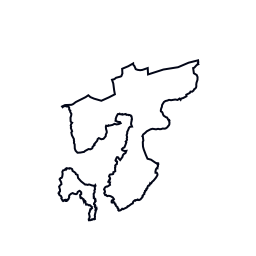 outline of Hahake, Vava'u, Tonga, rotated 47°
{"feature_id": "48082658B99932543232342", "entity_name": "Hahake", "entity_type": "district", "adm_level": 2, "iso_a3": "TON", "parent_name": "Tonga", "parent_adm1": "Vava'u", "projection": "robinson", "projection_center": [-173.925, -18.614], "detail": "fine", "context": "isolated", "style": "outline", "palette": "ink", "viewbox_px": 256, "rotation_deg": 47, "n_neighbors": 0, "source": "geoboundaries", "source_scale": "gbopen_adm2", "svg_char_len": 6028}
<svg xmlns="http://www.w3.org/2000/svg" viewBox="0 0 256 256"><g transform="rotate(47 128 128)"><path d="M68.2,161.6L68.2,160.6L69.0,159.0L70.7,158.0L71.0,157.2L72.8,157.0L74.5,158.5L75.9,158.3L76.6,159.2L79.1,159.8L80.3,161.3L81.2,163.0L84.0,165.4L85.2,165.6L86.1,165.3L86.4,167.0L87.2,168.3L88.2,168.6L89.0,169.8L92.3,171.1L92.6,172.5L95.1,174.0L99.2,175.1L100.2,176.1L101.0,176.5L102.0,177.7L103.6,178.2L106.7,180.9L108.8,181.8L111.6,181.8L113.4,179.7L115.5,176.4L115.5,175.1L116.5,171.2L117.9,170.1L118.4,168.6L118.3,167.5L117.6,166.7L117.6,164.0L116.8,163.9L116.3,159.2L115.4,157.7L115.5,156.2L118.0,155.2L119.2,153.3L118.8,149.9L117.6,148.6L116.9,146.7L115.9,145.8L113.7,144.7L112.0,143.4L111.4,142.4L112.9,141.3L112.7,140.4L113.6,139.9L115.2,137.2L115.7,135.1L117.6,133.9L118.8,132.1L119.5,130.1L118.2,129.8L116.5,131.3L114.2,132.2L113.7,131.3L113.0,130.9L111.8,128.7L110.9,126.0L111.5,125.2L111.8,124.4L112.4,124.5L113.3,123.7L113.8,122.8L114.4,123.0L116.2,120.1L116.9,120.3L117.4,120.1L118.4,118.9L119.0,118.8L119.5,118.0L120.9,117.4L121.4,117.7L121.9,117.5L124.3,119.1L124.5,119.9L125.2,120.3L125.7,121.3L127.2,123.1L129.7,124.1L128.5,125.7L128.6,127.4L129.2,128.4L130.4,131.4L131.2,131.9L132.3,133.9L134.1,134.9L134.8,136.1L135.9,136.7L136.2,137.5L136.4,139.0L137.3,139.0L138.3,140.8L139.7,143.8L139.2,145.4L139.3,146.9L140.4,147.3L142.7,146.1L143.6,144.8L144.6,146.9L144.2,148.8L144.4,150.3L145.4,151.8L146.1,155.6L144.3,155.6L142.9,155.2L142.2,155.5L141.8,156.1L143.1,159.2L144.0,159.4L144.6,158.9L145.2,158.9L146.8,160.8L146.5,162.0L146.8,163.1L147.9,163.7L148.0,164.4L150.9,166.8L150.4,168.9L150.7,169.0L151.5,170.2L151.3,170.8L149.8,172.8L149.9,173.8L150.5,174.9L151.7,175.0L152.8,175.6L153.0,176.7L153.5,176.7L153.7,178.7L153.9,179.1L155.5,178.2L156.0,179.2L157.3,179.9L156.8,183.0L156.1,183.6L155.8,185.1L156.2,186.7L156.7,187.5L157.4,187.4L159.1,188.4L159.4,189.8L161.4,190.4L161.9,189.7L162.8,189.9L163.8,189.5L164.0,188.8L165.2,187.7L166.3,187.1L168.4,186.5L170.5,186.8L170.7,188.0L170.1,188.6L170.0,189.3L170.8,190.4L171.3,190.7L172.2,190.0L172.4,189.0L173.1,188.7L174.6,189.4L175.4,189.1L176.4,189.9L178.9,189.7L179.2,190.2L180.7,190.2L181.3,191.1L182.2,191.1L182.9,190.0L183.2,189.0L183.1,187.3L184.0,187.0L185.3,183.0L185.3,182.3L185.0,182.0L185.1,181.3L185.5,181.0L185.9,177.3L186.4,175.9L185.6,174.8L185.4,173.9L185.5,172.4L186.0,172.2L185.8,171.8L186.1,171.3L186.7,170.8L186.9,170.2L186.8,169.8L187.3,169.5L187.7,169.6L188.3,169.0L188.7,167.6L188.4,164.5L188.0,163.8L187.6,163.8L187.3,162.0L187.4,161.0L186.4,160.2L186.3,158.9L185.6,158.4L185.9,157.1L185.1,156.4L185.0,155.2L185.3,155.2L185.2,154.7L184.6,154.2L184.0,152.9L184.1,152.1L184.6,151.6L183.6,149.6L184.2,149.6L184.3,148.8L183.8,147.0L183.9,145.1L183.4,141.5L182.7,139.0L182.3,138.3L181.3,137.7L180.3,137.5L179.5,138.4L178.6,137.7L177.3,135.8L177.0,134.5L177.6,134.0L176.8,133.2L176.5,132.3L175.8,131.6L175.0,131.4L175.2,130.6L174.4,130.0L172.6,131.5L166.8,132.8L163.8,134.7L159.8,133.3L154.4,131.1L151.8,129.7L148.3,126.7L147.7,125.4L144.4,123.0L143.8,123.1L143.1,121.3L143.3,118.5L143.2,116.6L144.3,112.5L145.3,110.6L148.1,108.4L149.1,106.6L150.5,105.6L151.3,104.7L152.1,102.9L153.2,102.0L154.0,100.8L154.3,98.6L154.0,97.6L154.0,96.5L153.6,95.4L152.4,94.0L151.6,93.7L150.9,92.6L150.2,92.4L149.9,93.0L147.0,92.3L145.9,92.9L143.3,93.5L141.9,93.1L140.5,92.4L139.5,92.2L138.3,92.6L137.4,91.9L136.3,90.3L135.7,88.9L134.4,87.3L133.5,84.0L133.8,82.2L134.9,80.3L135.3,79.0L136.0,78.3L137.0,77.6L139.4,74.0L141.3,72.6L141.6,70.3L143.2,70.3L142.7,69.2L143.7,67.2L144.7,63.6L143.4,62.7L144.5,58.9L144.0,57.5L145.2,56.3L145.3,54.5L144.8,53.3L145.0,51.9L144.8,50.6L144.0,49.5L142.7,48.4L141.6,47.0L140.2,44.4L138.2,42.4L136.1,41.6L132.9,42.5L128.6,39.5L129.1,38.4L128.8,34.9L129.3,33.0L128.1,32.7L127.9,31.8L126.3,30.6L121.6,39.1L117.7,49.9L109.4,62.2L102.5,76.8L97.6,72.7L95.3,77.9L94.0,79.7L91.9,81.4L90.2,82.2L87.2,81.1L85.3,81.0L84.3,80.2L83.0,85.7L80.7,91.9L84.3,94.9L85.5,97.4L85.4,98.2L83.1,102.5L83.0,104.6L81.8,106.8L85.4,108.4L91.1,112.5L94.4,114.6L92.5,121.3L89.9,128.9L83.4,132.8L79.8,134.4L77.0,134.7L76.5,138.0L73.4,148.5L73.1,151.8L72.5,153.5L68.3,158.4L67.3,161.5L68.2,161.6ZM163.8,206.2L162.5,205.7L162.4,204.8L161.7,204.5L160.5,204.8L159.9,204.2L159.8,203.0L159.3,202.3L159.5,201.9L159.4,201.4L157.9,201.1L157.8,200.4L156.7,200.4L155.9,200.8L155.0,199.8L154.8,199.9L153.4,198.5L152.8,198.2L152.6,197.7L152.3,196.4L151.8,195.8L150.7,195.2L150.3,193.9L148.4,192.6L148.4,191.8L147.9,191.0L147.5,190.9L147.7,191.5L147.2,192.2L145.3,193.6L143.1,194.7L142.5,195.3L142.2,196.2L140.6,197.3L140.2,197.9L135.0,198.7L130.5,198.6L127.9,196.9L126.2,197.6L125.2,197.1L123.9,197.2L121.6,197.8L120.0,196.9L118.9,197.2L117.7,197.9L117.7,198.7L116.9,199.1L116.3,199.8L116.0,200.8L116.1,201.4L115.8,201.3L115.7,200.7L116.0,200.2L115.6,200.2L115.2,201.5L115.6,202.4L115.3,203.4L114.7,204.4L115.3,206.0L117.0,207.1L118.8,209.4L119.2,210.6L118.6,211.5L118.8,212.9L122.1,213.9L123.7,215.0L123.6,216.5L123.9,218.4L126.9,219.9L128.0,221.0L127.9,222.0L128.6,222.6L128.4,223.3L130.5,223.9L131.9,223.4L133.6,223.9L133.9,224.7L136.6,225.4L137.2,225.3L137.5,224.5L137.2,223.8L137.9,222.6L138.5,222.2L139.1,223.1L139.5,222.7L139.7,221.5L139.1,220.9L139.4,219.9L138.5,218.1L137.7,217.7L137.2,216.8L137.3,214.4L137.9,212.8L139.2,212.4L141.0,211.1L141.3,210.0L140.5,208.4L140.8,206.4L141.6,206.1L143.1,206.1L144.4,207.2L144.3,208.7L146.6,210.4L147.2,210.3L147.2,209.6L150.1,209.1L150.6,209.5L150.3,209.8L151.4,210.3L151.1,209.8L151.5,209.3L152.0,209.1L152.8,209.2L153.4,209.9L155.5,210.9L156.2,209.8L158.0,209.3L158.3,208.5L161.3,208.3L161.8,209.3L162.1,209.3L162.0,210.1L162.2,210.8L161.8,211.0L162.4,212.1L163.2,213.1L163.9,214.9L166.6,216.4L167.8,218.0L167.9,218.9L168.8,219.5L169.7,218.5L170.6,216.8L170.3,216.6L171.0,215.4L171.6,215.1L171.6,214.6L171.9,214.5L172.0,214.2L171.2,213.7L170.0,212.3L169.3,212.0L166.3,207.5L165.8,207.8L165.5,207.3L166.0,206.5L165.4,205.8L164.7,205.4L164.5,205.9L163.8,206.2Z" fill="none" stroke="#020617" stroke-width="2"/></g></svg>